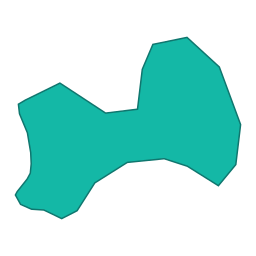 SVG path tracing the border of Kinmen
{"feature_id": "TWN-3415", "entity_name": "Kinmen", "entity_type": "County", "adm_level": 1, "iso_a3": "TWN", "parent_name": "Taiwan", "parent_adm1": "", "projection": "mercator", "projection_center": [118.347, 24.459], "detail": "fine", "context": "isolated", "style": "filled", "palette": "teal", "viewbox_px": 256, "rotation_deg": 0, "n_neighbors": 0, "source": "natural_earth", "source_scale": "10m", "svg_char_len": 469}
<svg xmlns="http://www.w3.org/2000/svg" viewBox="0 0 256 256"><path d="M152.9,44.4L187.0,37.4L219.3,67.0L240.6,124.6L235.8,164.6L218.4,185.7L187.3,166.2L164.2,158.7L127.3,162.4L94.8,182.9L77.1,210.7L61.7,218.6L43.8,210.0L31.5,209.2L20.6,204.4L15.4,195.0L17.2,191.6L27.2,179.0L30.3,173.2L31.2,163.8L30.7,152.6L27.4,132.8L19.5,113.8L18.4,104.2L25.3,100.1L59.9,83.1L105.6,113.1L137.5,109.2L142.3,69.3L152.9,44.4Z" fill="#14b8a6" stroke="#0f766e" stroke-width="1.5"/></svg>